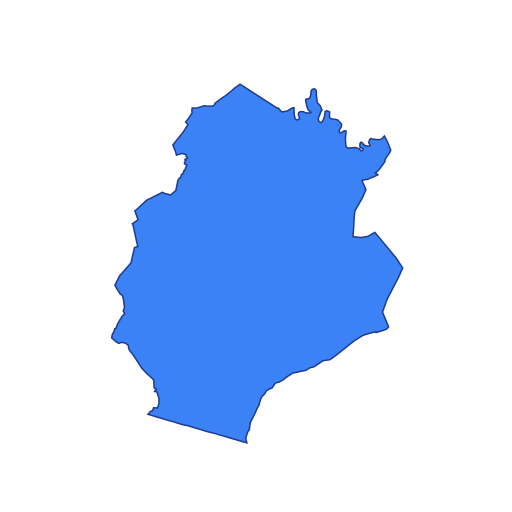 the district of Ezza North, Ebonyi, Nigeria, rotated 152°
{"feature_id": "59680162B95600296408215", "entity_name": "Ezza North", "entity_type": "district", "adm_level": 2, "iso_a3": "NGA", "parent_name": "Nigeria", "parent_adm1": "Ebonyi", "projection": "albers", "projection_center": [7.956, 6.263], "detail": "fine", "context": "isolated", "style": "filled", "palette": "blue", "viewbox_px": 512, "rotation_deg": 152, "n_neighbors": 0, "source": "geoboundaries", "source_scale": "gbopen_adm2", "svg_char_len": 4128}
<svg xmlns="http://www.w3.org/2000/svg" viewBox="0 0 512 512"><g transform="rotate(152 256 256)"><path d="M425.7,167.0L423.2,164.5L420.0,161.2L415.1,156.5L413.1,154.5L409.1,150.6L407.3,149.0L404.9,146.5L401.1,142.6L398.7,140.4L396.2,138.5L390.1,132.4L386.3,128.7L381.6,123.9L376.8,119.7L357.5,100.8L351.8,95.3L350.6,100.0L347.3,103.2L345.7,104.7L343.6,105.6L339.3,111.6L332.9,116.0L326.4,121.0L323.7,122.7L319.8,126.7L317.3,128.9L312.8,130.3L310.0,132.2L306.5,132.3L303.8,131.9L299.8,134.1L298.0,134.7L295.1,133.8L290.0,133.9L286.1,134.7L278.6,135.4L271.1,133.3L265.5,131.6L261.0,132.0L256.7,130.9L246.0,132.1L239.3,129.7L230.6,131.0L224.8,132.1L209.0,135.0L202.0,135.5L199.5,135.7L196.5,135.3L192.4,134.5L187.1,133.2L186.4,132.9L185.7,132.8L185.9,132.0L183.6,131.6L181.6,131.1L175.2,130.1L172.3,131.1L172.0,132.6L171.8,135.2L170.6,147.1L160.6,156.2L140.1,170.3L132.1,176.6L133.2,188.5L140.0,221.1L148.0,220.8L154.4,222.9L161.3,227.5L157.2,234.0L150.7,244.8L147.4,249.5L135.3,257.0L127.8,262.9L127.0,273.0L123.2,272.0L121.3,271.2L118.0,271.1L115.0,270.7L113.4,270.6L111.5,270.5L110.3,270.5L111.1,272.2L111.6,273.3L109.8,273.7L106.7,274.5L97.9,278.8L96.9,280.4L94.8,281.7L91.8,283.3L88.8,284.9L87.3,286.2L87.2,287.4L86.3,296.0L86.3,301.7L90.0,300.3L91.6,300.6L93.8,301.5L98.3,304.6L99.5,305.8L101.0,305.5L103.3,303.1L103.2,300.2L103.7,299.8L105.6,300.4L107.6,302.1L108.5,303.4L108.8,304.9L109.3,306.8L109.7,307.1L110.3,307.1L111.4,306.5L113.0,303.7L112.6,302.2L111.2,301.0L111.0,300.3L111.5,299.7L113.0,299.1L113.9,299.6L114.4,302.1L117.3,305.1L124.4,308.2L125.1,309.8L124.9,311.1L122.1,317.4L117.8,324.0L119.2,325.2L121.3,324.9L123.8,325.1L124.2,326.1L124.1,327.0L122.5,328.7L120.0,330.0L119.0,331.4L118.6,332.5L118.9,333.6L119.2,335.0L119.9,337.7L121.7,339.4L123.3,340.4L124.9,341.6L125.7,342.7L125.8,344.6L123.3,348.6L125.3,351.0L127.0,351.2L129.2,348.0L131.6,345.5L134.4,343.5L135.8,343.2L137.3,345.0L136.6,348.0L131.2,352.8L129.2,353.9L129.0,356.4L128.8,358.6L129.8,362.7L128.6,365.9L127.3,369.5L125.2,373.5L125.2,374.4L125.5,375.3L125.9,376.2L127.3,376.6L128.3,376.7L130.2,375.5L131.8,372.6L133.6,371.0L135.4,370.1L136.1,370.3L137.9,371.0L138.8,370.8L139.9,367.8L140.7,364.6L141.4,360.5L141.1,359.5L140.2,358.3L140.0,357.0L140.8,356.7L144.6,358.8L146.5,361.2L148.5,362.4L149.6,362.7L151.1,362.4L152.0,361.4L152.4,359.7L152.6,358.3L153.2,356.7L155.1,356.6L156.3,357.3L157.0,358.7L156.0,362.7L152.9,369.2L153.6,369.6L156.2,369.7L157.7,369.5L159.4,369.4L160.6,369.3L161.8,369.8L163.3,370.4L164.7,370.6L165.9,371.8L166.4,374.3L166.9,376.3L167.8,376.5L181.0,400.1L189.4,415.2L196.2,414.3L200.1,413.3L204.1,412.5L207.2,411.9L211.6,411.5L220.4,410.2L221.5,408.9L224.1,408.7L229.0,411.4L230.9,412.9L239.3,414.5L242.8,416.7L244.3,414.7L245.3,412.3L250.7,409.3L255.3,407.3L254.3,404.0L262.1,399.6L275.4,393.9L277.3,393.0L278.1,385.6L278.9,382.4L273.5,381.3L272.5,380.7L270.2,378.2L270.9,376.4L270.4,375.0L271.5,374.3L273.1,374.7L273.8,374.3L273.3,373.1L275.5,371.9L275.6,371.4L275.8,370.8L274.4,368.9L275.2,368.0L279.1,364.9L279.6,365.2L281.9,362.8L283.3,363.1L284.6,361.8L285.4,361.0L287.5,360.6L289.4,359.5L296.1,351.4L297.3,351.1L297.9,351.0L299.0,350.9L300.1,350.6L300.9,350.3L303.1,350.0L305.0,352.3L306.3,353.0L308.3,355.6L308.9,356.3L309.3,356.2L326.6,356.6L329.2,355.9L338.3,353.4L341.8,352.6L342.4,348.3L342.9,344.9L343.1,343.4L350.1,342.5L349.9,341.6L356.0,319.9L359.3,320.5L369.7,308.6L378.7,305.1L385.7,302.6L394.3,296.4L394.2,291.5L393.8,286.3L392.5,283.8L393.1,280.9L396.3,272.2L399.0,269.9L399.2,266.5L402.2,265.7L403.6,265.2L403.9,264.5L405.7,263.8L410.7,260.6L412.2,259.1L413.9,257.8L414.6,257.7L415.0,258.0L416.7,256.0L418.3,255.1L419.4,254.5L421.8,251.6L421.7,250.8L419.8,245.9L418.6,243.9L418.1,243.2L415.3,242.9L412.2,240.4L410.7,237.1L411.9,233.9L411.8,230.6L411.1,227.8L410.8,225.4L409.5,210.5L407.8,204.2L404.6,195.1L405.0,193.4L407.4,188.4L407.7,186.8L406.9,186.1L406.6,185.5L406.6,184.9L407.2,184.6L408.1,184.6L409.1,184.0L408.1,183.2L407.3,182.4L407.6,180.9L408.8,175.3L410.9,171.5L414.2,168.1L417.8,170.1L419.8,168.0L422.1,168.4L425.7,167.0Z" fill="#3b82f6" stroke="#1e3a8a" stroke-width="1.5"/></g></svg>